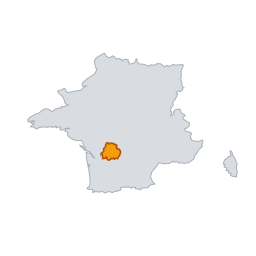 location of Dordogne within France, rotated 343°
{"feature_id": "FRA-5286", "entity_name": "Dordogne", "entity_type": "Metropolitan department", "adm_level": 1, "iso_a3": "FRA", "parent_name": "France", "parent_adm1": "", "projection": "robinson", "projection_center": [0.813, 45.142], "detail": "fine", "context": "in_parent", "style": "filled", "palette": "amber", "viewbox_px": 256, "rotation_deg": 343, "n_neighbors": 0, "source": "natural_earth", "source_scale": "10m", "svg_char_len": 6162}
<svg xmlns="http://www.w3.org/2000/svg" viewBox="0 0 256 256"><g transform="rotate(343 128 128)"><path d="M193.1,105.6L191.6,106.4L190.7,107.9L189.7,108.2L187.9,108.2L187.0,107.3L184.9,107.9L184.0,108.8L185.4,110.0L181.2,114.8L178.5,116.0L178.0,119.1L174.8,121.5L173.7,123.9L173.6,124.4L174.5,125.2L174.2,126.8L172.5,127.9L172.6,128.9L173.1,129.0L175.5,128.2L176.5,127.3L175.9,126.0L178.4,124.4L182.9,124.8L183.5,126.9L183.0,128.7L186.3,132.5L183.6,134.3L183.4,135.5L186.5,139.4L188.3,141.0L187.4,143.6L184.4,145.3L182.4,145.1L181.6,145.6L181.7,146.4L183.2,148.7L186.5,150.3L187.1,152.1L186.2,152.7L184.7,155.5L185.4,156.8L185.2,157.4L185.5,158.3L186.4,159.2L191.1,161.5L195.3,161.1L195.9,162.4L193.4,166.0L193.6,167.6L192.3,167.6L192.1,168.2L189.5,169.4L185.5,173.0L183.5,174.0L182.8,175.9L181.7,176.9L175.7,179.0L174.6,178.5L171.7,178.5L169.8,177.2L166.3,176.4L165.1,174.5L161.8,174.1L161.6,172.9L157.1,174.0L150.6,172.3L148.3,170.4L146.5,170.9L144.8,172.6L137.9,177.0L135.2,181.5L135.8,186.8L137.4,189.4L133.2,189.0L130.7,189.8L130.0,190.9L124.0,189.6L121.8,190.7L121.2,190.6L120.4,189.5L117.4,188.3L117.9,187.4L117.5,186.6L114.7,186.0L113.7,186.7L112.7,185.2L104.9,182.8L103.7,182.8L103.2,185.2L98.2,185.2L97.5,184.7L94.3,185.2L90.9,183.0L87.0,183.4L84.7,181.1L82.5,181.0L79.3,179.8L77.8,179.2L77.6,178.5L76.7,179.5L75.5,179.3L75.2,179.0L76.0,177.7L76.2,176.2L72.2,175.1L71.2,174.0L71.2,173.5L73.3,173.0L75.3,170.9L77.2,163.5L78.6,154.6L79.6,153.0L80.8,152.5L79.8,151.3L78.6,152.9L79.4,144.9L80.9,138.9L84.2,141.3L85.0,142.4L85.9,145.9L87.8,147.4L86.6,146.0L85.4,141.3L84.7,139.9L79.4,135.9L79.2,135.0L81.6,135.5L80.6,132.5L80.2,126.3L77.0,125.7L71.9,123.0L68.4,118.3L68.1,116.5L69.0,114.6L68.2,113.4L66.7,112.6L67.9,111.0L69.0,110.8L72.6,111.7L69.6,110.2L64.8,110.7L62.8,110.2L62.5,109.0L63.8,107.6L62.2,106.7L59.4,106.9L59.1,106.5L59.9,105.5L59.3,105.1L57.0,105.5L55.7,105.2L54.5,104.0L50.8,103.7L50.0,103.1L45.0,101.7L39.7,101.9L38.3,99.6L35.1,98.4L35.8,97.7L39.0,97.0L39.6,96.3L37.3,95.4L36.5,94.4L40.8,94.2L38.9,93.1L34.7,93.2L34.2,91.8L34.8,90.4L37.3,89.1L43.3,87.7L47.7,87.6L50.9,86.0L54.0,85.5L56.8,86.3L60.7,90.4L63.9,88.6L68.6,88.7L69.6,89.7L70.8,87.8L71.9,88.9L77.6,88.5L76.3,87.8L75.2,86.1L75.1,79.7L72.2,75.0L71.5,73.3L71.7,71.9L75.1,72.2L77.9,71.5L79.3,72.0L79.6,75.0L80.8,76.7L88.6,77.2L93.2,78.2L97.0,76.5L100.5,75.7L100.8,75.3L98.8,75.5L96.9,74.7L96.6,73.9L97.6,71.6L103.1,69.0L111.1,66.8L113.1,65.4L115.4,62.8L114.9,62.2L115.2,55.1L116.4,52.8L119.4,51.2L127.1,49.5L128.1,51.7L128.0,53.0L130.1,54.9L131.1,55.6L134.5,54.5L136.1,56.3L136.6,58.4L140.7,59.3L142.0,62.0L142.7,61.4L145.2,61.5L146.4,61.7L148.1,62.9L147.6,64.5L148.4,65.3L147.7,66.8L148.2,67.5L152.9,67.5L154.3,66.8L154.9,65.3L156.3,64.4L156.8,64.7L156.0,67.5L156.7,68.2L157.0,70.2L158.8,70.4L162.3,72.0L165.3,74.7L168.8,74.3L171.7,75.8L174.6,75.0L177.4,75.8L178.4,76.6L181.0,80.4L183.0,79.6L184.4,80.0L184.9,81.1L190.2,80.5L191.2,81.5L192.3,81.9L199.0,83.4L199.1,84.8L195.4,88.8L193.9,94.6L192.8,96.5L192.5,98.0L192.8,99.0L192.7,100.6L192.0,104.3L192.5,105.4L193.1,105.6ZM220.4,183.3L220.2,185.7L221.2,187.4L221.8,194.4L219.9,197.7L219.7,201.7L217.4,206.5L213.4,204.4L212.2,203.2L213.2,201.4L210.9,200.4L211.4,198.6L211.1,197.7L209.5,197.6L209.4,197.1L210.5,195.8L210.5,194.9L209.0,193.9L208.6,192.9L210.0,191.8L209.4,190.9L208.5,190.6L210.4,187.5L211.7,186.5L214.7,185.7L215.9,184.5L217.9,185.1L218.3,184.8L218.7,179.9L219.4,179.8L220.1,180.4L220.4,183.3ZM79.7,132.9L79.2,134.3L77.2,131.8L77.0,130.5L79.7,132.9Z" fill="#d9dde1" stroke="#a8b0b8" stroke-width="1"/><path d="M94.8,149.7L95.3,148.9L95.1,148.5L95.0,148.3L95.0,148.1L95.1,147.9L95.3,147.7L95.5,147.5L95.4,147.3L95.5,147.2L95.8,146.4L95.8,146.1L95.6,145.7L95.4,145.5L94.5,145.5L94.8,145.2L95.0,144.9L94.9,144.8L94.8,144.6L95.0,144.4L95.9,143.9L96.0,143.9L96.3,143.9L96.5,144.0L96.8,143.9L97.1,143.7L97.2,143.4L97.3,143.3L97.7,143.2L97.8,143.1L98.1,142.9L98.2,142.7L98.3,142.5L98.3,142.4L98.3,142.0L98.3,141.8L98.3,141.5L98.5,140.9L98.6,140.7L100.1,139.7L100.3,139.6L100.5,139.6L100.8,139.4L101.2,138.8L101.5,138.4L101.6,138.1L101.7,137.9L101.7,137.4L101.7,137.2L101.8,137.1L102.0,137.1L102.4,137.0L102.6,136.6L102.8,136.4L103.3,136.0L103.5,136.2L103.9,136.2L104.3,136.2L104.6,136.3L104.8,136.5L105.0,136.8L105.1,137.0L104.9,137.4L104.9,137.5L105.0,137.7L105.7,137.8L105.9,137.8L106.0,137.8L106.2,137.5L106.3,137.5L106.5,137.6L106.8,137.6L107.2,137.5L107.3,137.5L107.6,137.6L108.0,137.5L108.3,137.6L108.6,137.9L108.9,138.4L109.0,138.5L109.4,138.7L109.9,138.8L110.0,138.9L110.1,139.1L109.9,139.3L109.7,139.4L109.7,139.5L109.9,139.8L110.1,139.8L110.3,139.9L110.6,140.1L111.0,140.0L111.4,140.3L111.6,140.3L111.8,140.4L111.8,140.5L111.7,140.7L111.6,140.8L111.6,141.1L111.7,141.3L111.8,141.3L112.1,141.2L112.3,141.3L112.3,141.5L112.2,141.6L111.8,141.8L111.6,142.1L111.4,142.2L111.3,142.3L111.3,142.6L111.2,142.8L111.3,143.0L111.5,143.2L111.7,143.3L111.7,143.5L111.3,143.8L111.2,143.9L111.2,144.0L111.3,144.2L111.6,144.2L111.8,144.3L111.8,144.6L111.7,144.8L111.7,145.0L111.8,145.1L112.1,145.2L112.2,145.3L112.4,145.3L113.1,145.3L113.3,145.4L113.3,145.6L113.2,145.7L113.2,145.8L113.2,146.1L113.3,146.3L113.5,146.5L113.7,146.8L113.9,147.0L114.0,147.2L113.7,147.5L113.9,148.6L113.8,148.9L113.7,149.0L113.8,149.3L113.7,149.5L113.3,149.9L113.2,150.0L112.9,150.4L112.8,150.5L112.7,150.6L112.4,150.6L112.1,150.9L112.1,151.0L112.3,151.3L112.3,151.5L112.2,151.7L112.0,151.9L111.8,152.1L111.7,152.2L111.4,152.2L111.3,152.3L111.1,152.5L110.9,152.6L110.7,152.6L110.3,152.8L109.8,153.7L109.6,153.9L109.3,154.2L109.1,154.4L108.8,154.0L108.3,153.6L107.7,153.4L107.2,153.4L106.4,153.9L106.0,154.0L105.6,153.5L105.9,153.3L106.0,153.0L105.8,152.7L105.6,152.5L105.3,152.5L104.6,152.7L103.9,152.8L103.6,152.7L103.5,152.4L103.3,152.4L102.8,152.3L102.6,152.4L102.5,152.5L102.3,152.8L102.1,152.9L101.7,152.8L101.6,152.7L100.7,153.2L100.4,153.3L99.8,153.1L99.5,152.5L99.2,151.9L98.8,151.3L98.6,151.1L98.5,150.9L98.4,150.3L98.6,150.3L98.8,150.2L99.0,150.0L99.2,149.8L99.1,149.7L98.9,149.6L98.2,149.4L98.1,149.6L97.9,149.8L97.5,150.2L97.2,150.3L95.3,150.1L95.1,149.8L94.9,149.7L94.8,149.7Z" fill="#f59e0b" stroke="#b45309" stroke-width="1.5"/></g></svg>